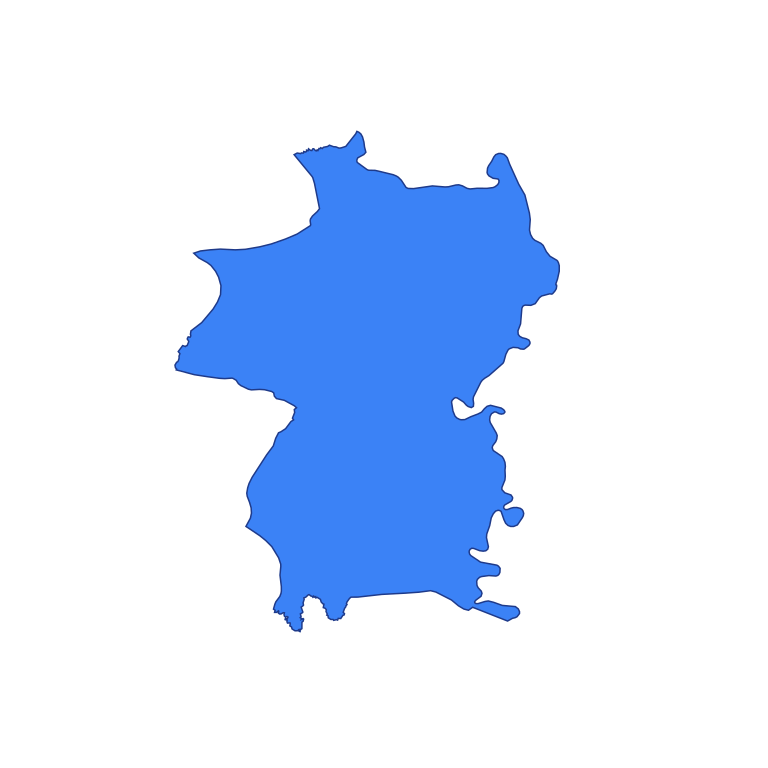 Phanom Phrai, Roi Et, Thailand (Albers equal-area conic projection), rotated 29°
{"feature_id": "78962969B84484798937019", "entity_name": "Phanom Phrai", "entity_type": "district", "adm_level": 2, "iso_a3": "THA", "parent_name": "Thailand", "parent_adm1": "Roi Et", "projection": "albers", "projection_center": [104.081, 15.693], "detail": "fine", "context": "isolated", "style": "filled", "palette": "blue", "viewbox_px": 768, "rotation_deg": 29, "n_neighbors": 0, "source": "geoboundaries", "source_scale": "gbopen_adm2", "svg_char_len": 6170}
<svg xmlns="http://www.w3.org/2000/svg" viewBox="0 0 768 768"><g transform="rotate(29 384 384)"><path d="M154.2,361.8L160.9,363.5L170.6,363.5L175.2,364.2L182.1,367.1L187.5,370.7L193.7,377.0L197.7,385.1L198.6,393.0L198.2,401.3L194.8,418.7L189.4,431.1L190.6,434.4L191.3,434.9L191.8,436.2L191.7,437.1L189.9,437.7L189.9,439.5L190.4,440.3L191.9,440.9L192.7,441.7L193.2,445.8L192.4,446.6L192.2,447.5L189.3,448.0L188.3,455.4L190.8,456.4L191.2,459.0L192.2,460.6L192.8,463.2L192.8,464.5L192.1,465.5L192.0,468.8L193.7,470.9L195.3,471.4L195.4,472.4L213.6,467.8L226.6,463.0L237.3,458.8L242.1,456.5L248.1,452.6L249.2,452.3L252.9,452.4L256.5,454.3L259.6,454.8L267.9,454.3L270.9,453.4L277.7,449.1L282.3,446.9L289.4,445.0L291.8,445.2L294.0,447.8L297.0,448.9L304.7,446.6L316.1,446.5L319.0,447.2L317.9,449.8L319.7,452.3L320.5,458.3L322.3,459.2L320.8,462.0L319.6,470.8L316.9,475.9L315.4,477.8L315.6,484.0L317.2,491.8L315.7,502.9L313.9,529.4L314.2,536.4L315.1,540.9L316.9,546.0L318.8,548.5L323.9,552.8L327.8,556.7L330.7,561.2L332.2,566.1L332.3,575.5L349.0,576.9L356.3,578.2L364.7,580.6L376.1,587.1L381.0,591.6L382.2,593.6L385.7,601.6L392.4,610.9L394.6,614.8L395.4,617.0L395.9,620.3L395.0,626.9L395.3,629.5L396.5,634.5L398.5,634.7L399.0,636.8L400.8,635.8L401.6,633.6L402.1,633.7L402.6,635.5L404.1,635.8L405.5,635.0L406.7,632.9L407.8,632.4L408.3,634.1L409.4,635.3L410.9,635.6L411.8,634.4L413.1,634.4L413.2,636.2L411.4,636.9L411.7,638.0L413.9,637.6L414.4,639.0L415.5,639.9L417.6,638.5L418.3,639.2L418.9,641.2L420.9,641.3L422.3,642.8L425.8,643.0L428.7,641.3L430.6,641.3L430.5,640.4L428.7,640.0L430.5,638.5L430.8,637.8L427.7,632.1L428.3,630.7L427.7,628.6L427.1,628.4L425.8,630.1L425.7,629.0L424.0,629.0L424.2,627.6L422.3,625.6L423.6,623.5L423.6,622.8L419.7,619.3L420.6,617.5L420.8,616.4L419.3,614.6L418.6,611.1L417.6,609.9L418.9,608.4L420.1,604.9L420.7,604.5L422.9,604.9L423.9,604.5L425.2,605.0L425.4,603.6L426.4,604.2L427.3,603.1L428.1,604.1L429.1,603.0L432.8,603.2L434.7,605.1L437.1,605.9L438.2,605.7L439.3,609.0L441.2,608.7L442.9,609.3L443.6,611.1L445.9,612.7L446.0,613.9L447.4,613.8L448.6,615.5L451.7,615.7L453.7,614.6L454.6,615.1L456.6,613.2L457.9,613.0L457.6,611.2L459.9,610.1L460.2,606.3L461.1,605.3L460.8,604.0L459.0,603.5L458.3,599.3L458.6,597.4L458.2,596.3L458.6,594.9L457.6,594.3L457.3,592.5L457.8,588.2L458.5,586.4L464.5,583.0L484.2,569.0L503.7,556.8L515.4,549.2L524.9,542.2L530.2,540.8L547.7,540.2L556.7,541.9L563.0,542.1L567.6,540.9L569.8,536.3L607.0,531.4L610.0,526.6L612.0,524.8L613.2,523.0L613.8,519.1L612.9,517.4L610.5,515.6L606.8,515.0L594.8,520.3L585.7,521.8L580.4,523.2L577.8,525.2L572.7,530.5L570.8,531.5L569.4,531.3L568.8,530.4L569.2,528.4L571.8,522.6L571.2,519.6L569.5,518.0L565.0,516.5L562.9,515.0L560.7,511.6L560.4,509.6L561.3,506.7L562.7,505.1L568.6,500.7L575.0,497.7L576.3,496.3L576.8,494.8L576.7,492.6L574.9,488.9L572.4,487.8L570.6,487.7L554.8,493.0L543.2,492.0L541.4,491.3L540.0,489.8L539.5,488.8L539.4,486.9L540.4,485.1L542.2,484.3L548.5,483.4L551.8,482.1L553.9,480.5L554.8,478.2L554.2,475.7L548.1,468.7L546.6,465.4L545.1,456.6L542.7,449.1L542.5,444.6L543.2,441.1L545.0,439.1L546.6,438.6L548.1,438.6L554.8,444.6L557.9,446.8L561.0,447.6L563.8,447.2L566.4,445.8L569.0,442.6L569.8,434.0L569.7,431.7L568.9,429.4L567.0,427.6L565.6,426.9L563.5,426.7L560.1,427.6L557.3,429.2L555.3,431.0L553.0,433.8L551.3,434.9L549.9,434.9L548.7,434.3L548.1,433.0L548.2,431.3L551.8,425.4L552.3,423.9L552.0,421.9L551.4,420.8L548.9,419.5L542.4,420.6L538.3,419.2L537.3,417.4L536.3,409.3L534.8,405.9L531.6,400.7L530.1,397.2L527.8,393.9L524.9,391.5L522.5,390.2L512.5,389.3L511.3,388.9L509.5,387.2L509.0,385.2L509.7,380.3L509.3,377.4L508.0,374.2L505.9,372.4L495.6,366.2L493.8,364.2L492.5,361.0L492.4,357.9L494.1,354.9L495.7,354.2L499.1,354.1L501.3,353.4L503.0,351.9L503.4,350.2L503.0,349.4L501.2,348.5L498.2,348.2L487.5,351.0L485.0,353.5L483.8,356.9L483.0,361.3L480.7,364.7L475.8,370.5L472.0,375.9L468.9,377.8L467.4,378.3L464.2,378.4L461.6,377.6L457.4,374.2L451.8,367.0L451.5,365.2L452.3,362.4L453.1,361.3L454.7,360.7L462.4,361.2L466.3,362.6L468.5,362.9L471.8,362.3L473.0,360.2L471.8,357.5L469.4,354.3L468.5,351.9L467.8,335.7L468.1,333.1L469.3,330.1L471.7,325.8L478.0,308.2L478.0,306.4L476.2,299.0L476.0,294.3L476.5,292.5L479.1,289.4L483.7,287.3L486.3,287.2L489.0,286.0L489.8,285.3L491.2,282.1L492.0,280.1L492.1,278.5L491.9,277.4L491.1,276.4L489.4,275.3L486.2,275.5L482.6,276.5L479.6,276.5L477.3,275.5L475.4,272.6L474.3,265.2L467.9,251.0L467.7,249.1L468.1,247.8L469.3,246.5L474.3,244.0L477.3,240.4L478.1,233.2L479.2,230.6L485.2,224.8L487.2,224.0L487.7,223.2L488.4,219.9L488.5,217.2L487.5,214.5L486.9,213.8L486.2,213.9L485.7,212.8L484.9,208.2L482.6,200.4L479.9,195.5L477.8,193.4L476.2,192.3L475.1,192.0L467.3,191.8L461.9,189.6L456.0,185.6L452.9,184.9L446.2,185.2L443.3,184.5L439.7,182.2L436.6,178.8L432.2,169.3L428.3,164.0L415.6,150.4L404.9,143.9L387.4,130.9L382.2,126.4L380.0,125.5L377.5,125.0L374.4,125.7L372.5,126.8L370.5,129.3L370.0,132.1L370.2,137.0L369.7,142.3L369.9,145.0L371.6,149.0L372.7,150.1L374.9,151.1L379.7,151.2L384.3,149.4L385.9,150.2L386.8,152.1L386.8,154.5L385.5,157.6L384.2,159.3L379.3,162.9L370.5,167.7L364.7,171.7L361.8,172.6L356.5,172.7L352.9,173.5L350.4,175.1L344.7,180.3L341.8,182.1L330.3,187.3L315.1,198.8L310.2,201.3L308.0,201.4L300.4,197.4L296.2,196.2L293.9,196.1L290.5,196.5L276.3,200.4L272.6,201.5L266.9,204.5L265.3,204.7L253.3,203.2L252.2,202.3L251.6,201.1L251.4,198.9L255.1,193.1L255.8,190.1L252.1,186.2L249.1,182.1L245.4,178.3L242.5,176.5L239.9,176.0L237.8,176.2L238.0,178.8L235.4,194.7L232.0,198.3L230.3,199.5L227.0,199.9L224.9,200.9L220.5,201.6L219.5,203.6L216.3,206.3L215.8,208.0L214.1,208.0L213.9,209.2L213.0,209.5L213.0,211.9L212.0,211.7L211.9,212.8L210.9,213.1L208.5,212.3L207.7,212.9L207.7,214.8L206.4,215.3L204.0,214.9L204.5,216.7L202.9,217.0L203.5,218.1L203.0,219.1L201.1,219.6L201.6,220.6L201.5,221.1L199.7,222.0L199.4,222.9L196.1,224.1L194.2,227.0L220.3,237.3L221.6,238.0L225.9,242.2L242.6,261.9L242.1,265.4L240.0,271.8L239.7,275.4L240.3,277.1L242.7,280.3L242.8,281.2L235.3,295.0L227.5,305.0L217.6,316.1L208.9,324.2L197.6,333.3L189.0,338.7L175.4,345.4L166.8,351.0L159.0,356.6L154.2,361.8Z" fill="#3b82f6" stroke="#1e3a8a" stroke-width="1.5"/></g></svg>